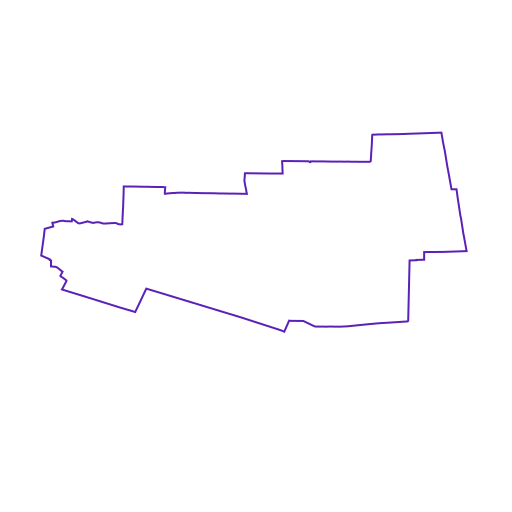 Brastavatu, Olt, Romania (Robinson projection), rotated 348°
{"feature_id": "2599482B94016729374346", "entity_name": "Brastavatu", "entity_type": "district", "adm_level": 2, "iso_a3": "ROU", "parent_name": "Romania", "parent_adm1": "Olt", "projection": "robinson", "projection_center": [24.396, 43.91], "detail": "fine", "context": "isolated", "style": "outline", "palette": "violet", "viewbox_px": 512, "rotation_deg": 348, "n_neighbors": 0, "source": "geoboundaries", "source_scale": "gbopen_adm2", "svg_char_len": 4906}
<svg xmlns="http://www.w3.org/2000/svg" viewBox="0 0 512 512"><g transform="rotate(348 256 256)"><path d="M463.0,295.0L463.4,282.0L463.5,279.0L463.4,278.6L464.4,261.0L464.3,260.7L464.3,258.9L465.4,240.4L466.0,232.4L463.6,231.9L461.1,231.4L461.6,215.6L461.8,207.3L462.2,199.2L462.4,195.0L462.5,193.2L462.6,183.0L462.7,181.0L462.9,176.2L463.0,173.9L462.0,173.7L451.7,171.9L430.2,168.1L428.4,167.8L420.5,166.4L420.1,166.3L419.0,166.1L415.7,165.4L414.4,165.2L413.9,165.1L411.3,164.6L409.6,164.2L409.0,164.1L405.7,163.5L402.6,162.9L401.9,162.7L400.7,162.5L399.5,162.3L399.4,162.3L398.7,162.2L397.5,162.0L397.4,162.0L396.7,161.8L396.2,161.7L395.4,161.6L395.0,161.6L394.9,161.7L394.8,161.8L394.5,163.2L394.4,163.5L393.9,165.5L393.7,166.2L393.7,166.3L393.2,168.1L392.9,169.4L392.8,169.7L392.6,170.6L392.1,172.2L391.7,173.8L391.4,174.8L391.2,175.5L390.9,176.5L390.7,177.3L390.5,178.0L390.2,178.8L390.1,179.3L389.8,180.2L389.7,180.7L389.6,181.2L389.5,181.5L389.4,182.1L389.1,183.0L389.0,183.4L388.8,184.2L388.5,184.9L388.4,185.5L388.2,186.1L388.1,186.7L387.8,187.2L387.4,187.4L386.8,187.5L385.0,187.1L382.2,186.5L379.4,185.9L377.2,185.5L376.1,185.2L374.8,184.9L374.5,184.8L373.0,184.5L370.2,183.9L367.6,183.3L364.7,182.6L362.4,182.2L359.9,181.6L359.4,181.5L359.0,181.4L357.1,181.0L354.2,180.4L351.2,179.7L348.8,179.2L344.1,178.1L340.8,177.3L338.7,176.9L337.9,176.7L334.2,175.9L332.0,175.4L329.6,174.9L329.3,174.8L328.9,175.2L328.7,175.5L328.2,175.4L327.9,175.0L327.8,174.8L327.4,174.5L326.9,174.2L324.9,173.8L322.5,173.2L318.8,172.4L317.9,172.2L317.1,172.0L313.9,171.3L308.1,170.0L304.4,169.2L302.7,168.8L301.2,168.7L300.9,170.7L300.6,172.9L300.2,175.0L299.9,176.7L299.7,178.0L299.5,179.2L299.2,180.9L294.0,179.8L288.1,178.5L286.2,178.1L285.7,178.0L282.9,177.3L282.7,177.3L281.3,177.0L272.5,175.0L265.4,173.4L263.8,173.0L262.4,172.8L260.3,180.0L260.2,181.0L260.2,182.5L260.1,183.9L260.1,185.8L260.1,187.8L260.1,189.6L260.0,190.7L260.0,192.1L260.0,193.3L255.9,192.4L249.6,190.9L248.3,190.6L245.7,190.0L244.6,189.8L243.5,189.6L242.4,189.3L239.9,188.7L237.2,188.1L232.7,187.1L228.4,186.0L222.1,184.6L215.8,183.2L213.0,182.5L207.5,181.2L204.5,180.5L203.6,180.2L202.2,180.0L200.6,179.6L200.1,179.5L199.8,179.5L199.5,179.4L199.3,179.2L198.7,179.1L197.9,178.9L196.9,178.7L195.5,178.4L194.1,178.1L192.1,177.8L191.2,177.6L190.0,177.5L187.8,177.1L186.2,176.9L184.6,176.7L182.4,176.4L180.0,176.3L179.8,176.2L180.0,174.9L180.3,174.0L180.7,172.6L181.0,171.7L181.2,170.8L181.2,170.4L181.4,170.0L181.1,170.0L180.6,169.7L180.1,169.4L179.6,169.3L178.5,169.0L177.1,168.7L174.8,168.2L173.5,167.9L172.1,167.6L171.5,167.4L170.9,167.4L170.6,167.3L170.1,167.1L169.6,167.0L168.4,166.7L167.1,166.5L166.4,166.2L165.4,166.0L164.2,165.7L163.2,165.5L161.7,165.2L161.2,165.0L159.2,164.6L157.0,164.1L156.4,164.0L155.4,163.7L154.2,163.4L152.8,163.1L151.6,162.8L149.8,162.4L148.6,162.2L147.8,162.0L146.7,161.7L144.9,161.4L142.5,160.8L141.4,160.6L141.1,160.5L139.2,168.5L137.9,173.6L136.3,180.1L134.7,186.0L134.1,188.4L134.0,188.5L133.5,190.5L132.5,194.5L131.8,197.1L130.9,197.1L129.9,196.9L128.7,196.5L128.1,196.2L127.6,196.0L127.2,195.6L126.7,195.2L126.1,194.8L125.5,194.6L124.9,194.4L120.8,193.7L119.7,193.6L118.1,193.3L116.5,193.1L115.8,193.0L115.2,192.9L114.2,192.7L113.9,192.6L113.4,192.5L112.8,192.2L112.2,191.9L111.6,191.5L111.1,191.2L110.6,191.0L109.9,190.7L109.2,190.4L108.8,190.2L108.5,190.1L108.0,190.0L107.2,189.9L106.3,189.9L105.8,189.8L105.0,189.8L104.5,189.8L104.0,189.8L103.3,189.7L103.0,189.5L102.0,189.1L100.9,188.5L99.7,187.8L99.0,187.5L98.3,187.0L97.9,187.0L97.5,187.3L97.0,187.3L96.5,187.2L96.0,187.2L95.7,187.3L95.2,187.3L94.3,187.4L93.5,187.4L92.8,187.4L91.8,187.5L90.7,187.5L90.0,187.4L89.5,187.2L89.1,187.0L88.7,186.7L88.3,186.2L87.7,185.6L87.0,184.7L86.4,184.0L85.3,182.8L84.6,182.2L84.0,181.6L83.8,181.5L83.0,183.8L82.1,183.6L81.3,183.4L80.6,183.2L79.6,183.0L78.3,182.7L76.8,182.3L75.8,181.9L75.0,181.5L74.2,181.4L73.3,181.2L72.7,181.1L72.1,181.1L71.3,181.1L70.5,181.1L69.7,181.1L68.8,181.3L68.2,181.3L67.9,181.3L66.8,181.4L65.4,181.3L65.1,181.3L64.5,181.2L64.0,181.1L63.9,181.1L63.7,181.1L63.8,183.7L63.8,185.0L63.1,185.0L55.0,185.5L52.4,193.2L46.0,210.9L53.6,216.4L53.4,216.9L53.4,217.0L54.6,217.8L54.3,219.0L53.3,223.6L53.6,223.7L54.0,223.8L54.8,224.0L55.3,224.2L57.5,224.8L58.5,225.4L59.2,226.0L60.1,227.0L62.4,229.9L63.5,231.1L60.5,234.8L60.5,235.0L63.5,238.1L65.5,240.6L65.2,241.3L59.3,248.4L65.1,251.7L83.6,262.0L97.1,269.6L111.3,277.6L123.7,284.3L126.2,285.7L126.8,284.9L129.1,281.9L129.9,280.9L141.9,265.1L168.0,279.5L229.4,313.4L265.0,333.9L267.9,335.9L275.0,326.1L276.3,326.6L288.8,329.4L296.8,335.6L299.0,337.2L300.4,337.6L302.4,338.0L310.4,339.8L313.8,340.4L320.1,341.9L322.1,342.3L324.1,342.7L330.9,343.8L352.8,346.2L362.8,347.4L373.3,349.0L390.7,351.5L391.4,351.0L405.3,292.3L412.0,293.5L412.1,293.2L419.7,294.6L421.3,287.1L439.3,290.8L463.0,295.0Z" fill="none" stroke="#5b21b6" stroke-width="2"/></g></svg>